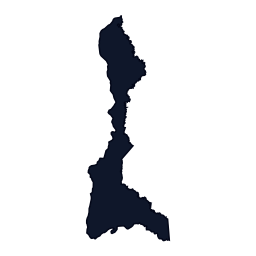 the district of Puerto Wilches, Santander, Colombia
{"feature_id": "7082276B91247844433249", "entity_name": "Puerto Wilches", "entity_type": "district", "adm_level": 2, "iso_a3": "COL", "parent_name": "Colombia", "parent_adm1": "Santander", "projection": "orthographic", "projection_center": [-73.726, 7.663], "detail": "fine", "context": "isolated", "style": "filled", "palette": "ink", "viewbox_px": 256, "rotation_deg": 0, "n_neighbors": 0, "source": "geoboundaries", "source_scale": "gbopen_adm2", "svg_char_len": 5905}
<svg xmlns="http://www.w3.org/2000/svg" viewBox="0 0 256 256"><path d="M89.1,212.3L88.3,216.0L87.3,218.1L86.7,220.4L86.7,223.2L87.1,223.9L87.8,227.0L87.6,228.3L87.2,229.1L86.9,233.0L88.7,234.5L89.9,236.7L90.7,237.8L91.6,238.3L94.1,237.9L95.0,238.8L95.4,238.7L97.2,237.0L99.8,235.8L101.1,234.0L103.1,232.6L104.1,232.6L105.0,232.2L106.5,231.1L107.5,229.9L109.2,228.8L111.4,228.0L113.3,228.1L113.9,228.4L114.1,228.9L113.7,229.4L111.8,230.6L111.1,231.6L111.4,233.1L112.0,233.4L114.7,232.2L115.2,231.7L117.0,229.3L117.0,227.0L117.8,226.2L123.4,225.8L124.6,226.3L126.9,228.6L127.9,228.9L131.2,227.0L132.6,225.8L134.0,223.6L135.0,223.7L135.9,223.4L138.3,223.7L139.6,222.8L140.6,224.0L142.4,224.4L143.4,225.1L144.3,225.4L144.3,226.1L144.6,226.4L146.0,225.9L146.5,226.0L146.8,226.6L146.3,227.7L146.5,229.7L149.5,229.8L151.7,231.8L153.6,231.7L154.1,232.2L154.3,233.3L154.9,233.8L156.5,233.3L157.3,233.5L157.8,234.6L157.7,235.8L158.6,237.9L159.4,238.7L161.7,238.7L163.1,240.4L163.8,240.6L165.6,240.0L166.7,239.2L167.6,240.1L168.9,239.8L169.3,240.0L167.6,219.1L166.0,218.3L166.0,217.1L165.3,217.3L164.5,217.1L164.0,216.0L162.9,215.2L160.9,215.0L160.6,214.0L160.0,213.7L159.7,213.1L159.0,213.1L158.5,213.6L157.5,213.2L156.2,213.6L155.3,212.9L153.8,212.4L154.4,211.5L153.9,210.8L153.0,211.0L153.6,210.5L153.2,210.3L152.6,210.7L152.1,210.2L151.8,211.0L151.1,210.9L150.8,210.5L151.3,209.9L150.0,208.5L150.2,207.3L150.5,207.2L150.3,206.7L150.6,206.6L150.8,205.1L150.3,205.4L149.8,205.1L150.1,204.1L151.0,203.1L149.5,202.5L148.8,202.9L148.2,201.5L146.1,199.9L145.8,198.2L144.9,197.4L144.7,197.3L144.4,198.0L143.8,198.5L143.9,197.8L142.9,197.6L142.2,197.8L141.8,198.4L141.2,198.2L141.2,198.5L140.0,198.6L139.2,198.0L139.1,197.4L137.7,196.9L137.4,196.5L137.6,195.8L138.0,196.2L138.5,195.9L138.3,195.3L138.5,194.6L138.1,193.5L137.6,193.3L137.8,192.7L137.0,192.4L136.0,192.5L135.0,191.1L133.7,190.5L133.1,189.8L132.1,189.7L132.2,189.3L131.4,189.7L131.1,189.5L129.9,189.7L129.0,189.2L128.9,189.6L128.4,189.5L128.2,188.9L127.4,188.8L127.4,188.1L127.0,188.1L127.4,187.6L127.2,187.7L127.1,187.0L127.3,186.5L126.0,186.5L125.3,185.9L125.2,185.0L124.0,184.6L123.8,184.2L122.3,184.7L122.0,184.2L121.6,184.3L121.1,184.1L121.2,182.7L120.9,181.8L121.9,179.4L122.2,177.9L121.7,174.5L121.1,172.7L121.3,172.2L121.0,172.0L121.6,171.7L121.4,170.8L120.9,170.7L121.5,169.9L121.7,169.2L121.5,168.8L121.9,168.3L121.6,167.9L121.9,166.9L121.7,165.0L122.2,163.0L122.0,160.5L121.4,159.2L133.0,145.8L131.5,144.9L130.2,143.1L129.6,143.2L129.8,142.6L128.6,141.8L128.5,141.1L129.1,140.2L128.4,139.1L128.7,138.5L128.2,138.1L128.0,137.3L128.2,137.2L127.3,136.5L127.4,136.3L126.7,134.9L124.9,134.3L124.9,134.0L124.4,134.1L124.2,133.6L124.0,133.9L123.7,133.8L124.0,132.8L123.9,131.5L125.2,127.7L124.5,127.6L123.6,126.9L123.2,125.7L123.9,124.9L123.9,123.3L124.5,123.4L124.7,123.1L124.5,122.9L124.9,122.8L124.7,122.5L124.3,122.6L124.0,122.0L124.3,121.8L124.3,120.8L124.8,120.4L124.5,118.6L125.6,117.7L126.0,116.9L124.8,115.7L124.8,115.1L125.7,114.1L125.6,113.8L125.0,113.4L124.9,112.8L125.8,112.4L126.2,111.7L125.8,110.5L126.2,109.7L125.5,109.1L125.3,108.3L126.5,107.5L125.2,107.4L125.6,105.8L125.3,105.5L124.6,105.6L124.4,105.3L124.6,104.8L125.6,104.8L125.6,104.0L125.1,103.7L124.0,103.7L125.2,103.3L124.4,102.8L125.0,102.1L126.0,101.8L127.2,102.2L127.6,101.5L128.5,101.0L129.3,101.4L130.0,99.8L130.0,99.2L129.3,99.0L128.8,98.5L129.1,96.9L128.1,96.5L127.9,95.4L127.0,95.3L127.0,94.5L126.5,93.5L126.9,92.6L126.8,91.4L127.6,90.8L128.5,88.9L130.3,88.2L131.5,88.2L131.5,87.1L133.0,87.9L133.0,87.2L133.9,86.4L133.0,85.8L133.6,85.2L132.9,84.6L134.0,84.5L134.4,84.9L134.4,83.5L136.0,82.5L136.4,81.2L138.5,80.7L138.9,79.7L139.4,79.8L139.3,79.0L140.3,79.3L140.3,78.2L141.1,76.3L142.5,75.5L144.3,75.3L145.3,74.7L145.5,74.1L144.7,72.2L144.9,71.8L145.5,71.9L145.2,71.0L143.8,69.4L143.9,68.1L144.6,67.4L145.1,66.2L144.2,64.3L144.6,62.9L144.1,62.6L142.4,63.3L142.0,61.8L142.7,61.3L142.7,60.5L141.8,60.8L141.5,60.3L140.8,60.9L139.4,60.8L139.3,59.5L138.0,58.8L137.9,57.3L136.8,56.3L135.1,57.1L133.2,56.8L133.2,56.2L133.8,55.5L133.5,54.3L134.2,53.1L133.6,52.8L132.5,52.9L132.3,52.5L133.1,51.8L134.3,51.7L133.7,51.0L132.6,51.4L132.4,51.3L133.9,49.8L133.9,48.9L132.8,47.6L132.9,47.2L133.9,47.1L133.8,46.8L132.5,45.7L131.8,44.6L130.1,43.7L130.1,42.8L131.2,42.1L130.9,41.0L130.6,40.8L129.3,40.9L128.3,39.4L127.2,38.9L127.2,38.4L127.6,38.1L128.9,38.0L128.8,37.2L128.2,36.8L127.4,37.2L127.5,36.0L126.9,35.3L125.7,35.3L125.2,34.7L124.2,34.7L123.8,34.4L123.8,33.1L122.7,32.0L123.7,31.3L122.5,30.6L122.4,29.4L121.3,28.8L121.3,28.3L121.7,27.7L121.1,27.2L120.3,27.2L120.0,26.1L119.2,26.7L118.7,26.8L118.6,26.1L117.5,25.2L117.7,24.5L118.3,24.1L119.0,24.3L119.6,25.0L121.3,25.1L121.6,24.4L121.4,23.0L122.6,22.0L121.7,20.6L122.0,19.5L121.2,17.6L121.3,15.4L120.6,16.9L119.3,17.6L115.1,18.2L114.0,18.8L113.2,19.9L112.8,21.3L110.1,24.6L108.5,25.2L104.8,28.6L102.6,29.7L101.3,30.9L100.1,33.4L100.2,36.8L99.3,41.2L99.4,43.8L99.0,44.9L100.0,53.5L100.4,54.6L101.3,56.0L106.5,60.8L108.2,64.2L108.3,65.1L107.7,66.3L108.0,69.7L107.3,71.8L107.4,73.5L107.7,76.1L110.6,80.8L110.7,81.6L110.4,82.9L111.0,84.8L110.5,90.6L113.3,94.4L114.1,97.9L116.0,101.8L116.0,102.6L114.6,104.7L114.2,105.6L111.3,109.3L109.1,110.3L108.2,112.4L108.9,113.5L110.8,114.9L113.0,117.9L113.0,118.9L112.0,121.3L111.9,122.1L112.8,123.8L113.5,126.4L116.2,130.0L115.6,131.8L114.8,132.3L112.8,131.8L112.1,131.9L111.3,132.7L111.3,134.2L112.8,136.5L113.2,138.8L112.2,140.3L108.9,142.1L109.1,144.2L108.4,147.0L108.5,148.4L106.1,150.6L104.1,158.0L103.0,158.5L100.1,158.3L99.6,159.1L99.3,160.5L97.5,162.1L97.1,164.2L96.6,164.6L94.7,165.3L91.5,165.8L90.1,166.6L89.3,167.6L89.2,168.9L88.5,170.4L88.3,172.5L90.2,174.3L90.5,175.3L90.3,177.0L91.7,178.2L92.0,179.8L93.4,182.1L93.3,187.4L92.6,188.8L92.5,191.5L92.2,192.7L90.6,193.8L91.4,196.8L91.4,199.0L89.9,206.2L89.2,208.5L89.1,212.3Z" fill="#0f172a" stroke="#020617" stroke-width="1.5"/></svg>